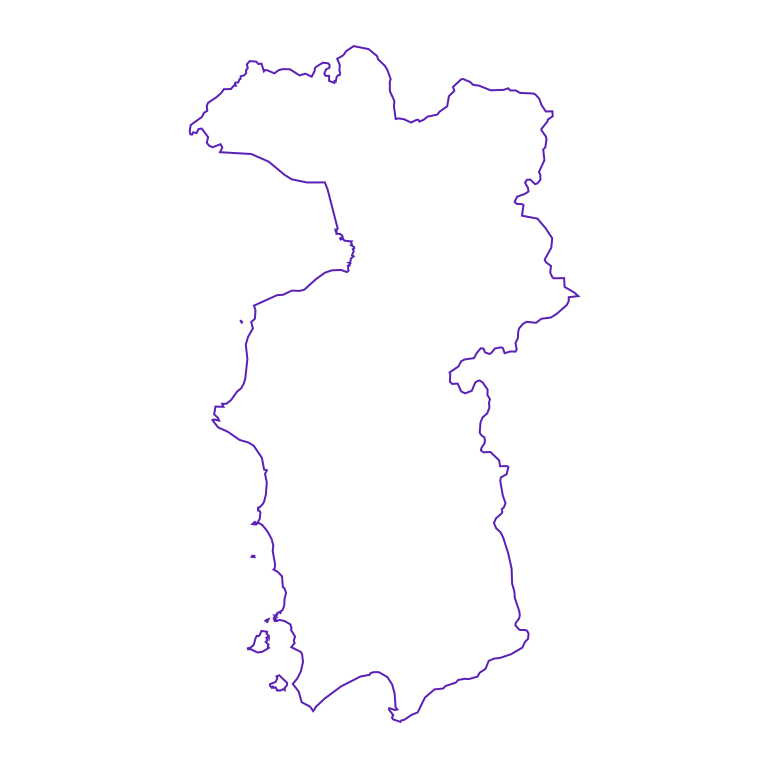 the district of Ketapang, Kalimantan Barat, Indonesia
{"feature_id": "22746128B56277764926455", "entity_name": "Ketapang", "entity_type": "district", "adm_level": 2, "iso_a3": "IDN", "parent_name": "Indonesia", "parent_adm1": "Kalimantan Barat", "projection": "albers", "projection_center": [110.267, -1.697], "detail": "fine", "context": "isolated", "style": "outline", "palette": "violet", "viewbox_px": 768, "rotation_deg": 0, "n_neighbors": 0, "source": "geoboundaries", "source_scale": "gbopen_adm2", "svg_char_len": 6052}
<svg xmlns="http://www.w3.org/2000/svg" viewBox="0 0 768 768"><path d="M254.0,305.6L255.5,310.4L254.9,318.7L251.2,322.1L252.9,328.4L248.0,337.0L245.8,344.6L247.4,359.0L245.2,379.1L243.6,383.9L241.2,388.2L237.0,391.7L231.0,400.1L226.5,403.7L222.1,403.8L223.5,406.8L215.4,406.6L214.2,414.4L218.0,417.9L219.1,420.6L213.7,419.4L212.4,420.1L218.1,427.4L227.7,431.7L239.5,439.9L248.4,442.5L253.8,445.8L261.9,457.9L264.1,469.5L266.9,470.3L265.0,473.8L266.8,482.3L265.9,494.4L264.1,501.7L262.5,504.4L259.3,507.6L258.2,507.5L258.0,510.5L259.6,510.9L260.4,512.7L259.7,518.9L257.4,522.8L256.3,523.2L254.7,521.9L252.4,524.1L256.1,524.6L256.6,523.6L258.8,523.0L262.4,525.1L267.3,531.2L271.6,539.0L273.3,545.4L272.7,550.9L275.1,564.6L274.6,568.6L273.6,569.5L277.9,572.0L282.0,576.4L282.9,587.1L284.2,587.9L286.1,592.6L284.5,599.2L284.3,605.2L282.7,609.9L280.0,611.8L280.8,611.9L280.4,613.0L279.1,612.3L277.5,612.8L277.3,614.6L276.2,614.5L276.1,616.0L275.1,615.8L276.2,616.8L274.6,616.7L274.0,617.8L276.3,619.5L276.6,621.0L279.6,620.0L284.3,620.9L290.3,624.3L291.5,628.1L291.0,629.9L295.1,636.6L293.8,640.4L294.6,643.1L291.3,647.2L300.8,651.9L302.1,654.5L303.0,661.8L300.9,671.3L297.3,678.5L292.8,683.9L298.7,691.6L301.7,702.2L310.1,706.7L313.2,711.1L316.2,706.5L324.5,698.7L341.2,686.3L360.5,676.5L369.7,674.8L370.2,673.4L373.2,672.2L378.7,672.1L387.3,677.0L392.1,684.4L394.6,693.5L395.6,707.4L397.3,709.4L395.1,710.1L389.3,708.1L389.0,709.6L393.3,715.2L392.0,717.2L392.9,719.3L400.5,721.9L401.4,720.4L404.3,719.8L411.9,714.7L417.7,712.4L424.9,697.6L434.5,689.4L443.2,688.5L445.5,686.0L455.9,682.6L458.1,680.0L464.6,678.8L468.7,679.1L477.5,676.6L479.7,672.7L485.5,668.9L488.7,660.9L494.0,658.6L500.2,657.9L511.1,654.2L522.3,647.6L525.0,641.9L528.0,638.9L528.6,633.8L527.2,630.9L525.5,630.1L519.6,629.9L515.4,625.5L515.7,623.0L519.1,618.5L519.8,615.2L519.3,611.3L514.8,597.9L514.3,591.3L512.1,583.6L511.6,568.6L508.2,553.3L503.2,537.6L500.5,532.2L496.2,528.3L493.9,523.0L496.0,518.3L501.6,513.5L502.3,512.1L501.8,509.1L503.9,507.3L505.5,503.1L502.8,495.5L500.2,480.8L500.9,477.4L506.6,474.2L508.4,467.0L507.1,466.1L500.1,466.2L499.2,460.4L490.4,452.0L483.6,452.3L480.9,450.5L481.3,448.2L484.5,443.3L485.0,440.3L484.4,437.4L481.4,435.3L479.7,432.7L480.5,422.5L482.6,417.4L487.2,413.4L489.4,407.6L489.0,402.6L490.0,399.2L487.4,395.0L487.6,389.6L482.5,382.3L479.7,380.5L476.8,381.3L475.0,383.0L471.8,390.8L465.2,393.3L461.2,391.5L457.7,383.6L452.1,383.9L449.9,381.7L450.3,374.5L449.6,372.4L458.5,366.4L461.1,361.3L464.5,359.5L474.0,358.1L476.7,353.1L480.7,348.3L483.5,348.5L485.0,352.3L489.3,354.0L491.3,353.0L494.9,348.5L500.9,347.3L502.9,348.1L504.6,353.2L510.2,351.5L515.6,351.6L516.7,349.4L515.5,343.1L517.9,338.1L518.2,331.8L519.1,328.4L522.9,323.9L526.7,321.8L536.0,322.8L541.5,318.7L550.7,317.6L556.5,314.0L566.9,304.9L568.7,301.1L568.8,297.2L578.3,296.1L574.3,292.6L564.6,286.9L564.1,278.1L553.7,278.3L552.3,277.1L550.2,272.6L551.0,266.0L545.8,262.1L544.7,259.5L551.3,247.7L552.2,238.3L545.6,228.2L537.4,218.6L522.0,215.7L523.5,205.1L522.0,204.1L516.7,203.9L514.6,201.9L517.1,196.7L524.9,193.9L528.5,191.5L528.0,187.9L525.0,182.7L526.9,179.8L530.4,179.6L535.1,184.2L537.3,183.4L540.4,180.0L540.3,174.6L538.9,172.1L544.4,160.2L543.2,149.5L545.3,147.4L546.5,139.4L546.0,136.7L541.4,130.2L541.4,129.0L547.5,121.4L547.9,119.5L552.7,116.3L552.4,111.3L545.8,111.5L541.4,104.9L539.2,98.6L535.2,94.3L533.2,93.5L519.9,92.9L515.9,90.5L510.1,90.4L508.4,88.3L503.4,89.9L490.6,90.3L479.2,85.7L473.0,84.8L470.2,82.0L463.1,79.0L461.2,79.3L453.0,87.0L454.3,90.9L448.9,96.2L447.2,106.3L439.5,111.7L437.3,114.6L427.6,116.6L423.6,119.8L419.4,121.6L418.4,119.9L416.5,119.9L411.0,122.5L403.9,119.2L398.7,118.4L395.7,119.0L393.9,106.1L394.4,101.0L389.9,91.2L389.8,81.4L390.7,79.3L387.5,70.2L384.8,65.7L378.1,59.3L377.0,56.0L368.6,49.1L353.7,46.1L346.2,51.1L343.3,55.3L337.2,58.8L339.8,65.1L339.4,70.8L340.2,73.0L339.6,75.2L338.1,75.2L336.7,76.9L335.7,81.6L334.5,81.1L334.3,82.9L329.1,80.9L329.1,75.9L325.7,75.8L324.3,73.9L325.9,69.6L329.5,67.6L329.5,64.8L328.3,63.4L322.9,62.7L316.2,66.8L314.9,68.2L314.6,71.0L311.7,76.7L305.4,73.7L299.5,75.4L290.0,69.3L282.8,69.1L278.6,70.2L274.4,73.3L266.8,70.1L264.9,70.1L263.9,71.3L261.5,63.7L258.3,64.0L256.2,61.6L249.7,61.1L246.8,64.4L247.8,68.0L246.0,70.3L246.2,73.2L244.0,75.4L240.7,76.2L240.5,79.0L239.4,79.4L238.2,82.5L235.3,82.6L234.9,84.1L235.9,85.7L233.8,85.7L230.9,89.0L223.8,89.2L221.5,92.7L216.6,97.1L208.2,102.7L206.8,105.6L207.2,110.9L204.1,112.7L202.0,116.9L190.7,125.0L189.7,131.2L190.4,134.3L192.1,134.6L193.2,132.3L196.6,133.1L198.6,129.0L201.8,128.6L208.1,137.1L206.8,142.8L209.2,145.8L212.7,147.2L220.6,144.2L222.3,147.6L220.0,152.2L251.2,154.0L268.6,161.6L284.4,174.7L291.6,179.3L307.2,182.5L324.9,182.4L327.7,189.8L337.7,228.6L336.4,229.8L335.4,229.6L335.7,231.4L335.0,231.5L336.6,231.6L336.4,233.9L340.0,233.9L342.0,235.4L342.7,236.9L340.1,238.4L340.6,239.5L343.1,238.9L344.5,240.7L351.6,241.4L350.9,242.3L351.9,244.2L350.9,245.1L354.0,247.0L354.3,248.2L352.8,249.1L353.8,250.8L352.0,255.3L353.7,256.3L350.9,258.5L350.2,262.8L349.0,262.9L350.2,263.7L349.1,264.7L349.5,265.6L347.9,265.9L348.5,270.6L346.9,272.1L341.3,270.0L331.9,270.3L324.9,272.7L316.1,279.0L304.4,289.6L299.8,290.9L291.8,290.6L283.0,294.8L277.0,295.2L254.0,305.6ZM267.1,631.8L261.4,630.9L259.8,635.0L258.4,636.2L257.0,635.7L255.8,637.5L253.6,645.1L250.2,647.8L247.9,648.2L248.0,649.2L250.7,649.2L257.5,652.5L262.5,651.7L268.9,647.8L267.7,646.6L268.5,644.6L265.7,641.9L267.5,640.3L266.3,637.9L267.9,636.7L268.8,638.0L268.8,635.8L266.7,634.0L267.1,631.8ZM279.3,675.3L276.6,676.3L277.3,678.3L275.6,682.0L270.1,684.1L270.0,685.8L272.0,687.9L273.0,686.6L273.9,687.8L275.6,687.3L277.2,690.6L278.4,690.1L279.8,690.8L283.0,689.2L284.8,690.2L284.8,687.7L286.9,685.4L287.2,683.0L279.3,675.3ZM268.6,619.1L266.4,619.9L265.4,620.8L267.3,621.9L268.6,619.1ZM252.3,555.7L251.6,556.8L254.5,557.2L254.4,555.9L252.3,555.7ZM242.1,322.0L240.2,320.2L241.7,322.6L242.1,322.0ZM275.0,621.9L274.5,619.1L274.0,619.1L275.0,621.9Z" fill="none" stroke="#5b21b6" stroke-width="2"/></svg>